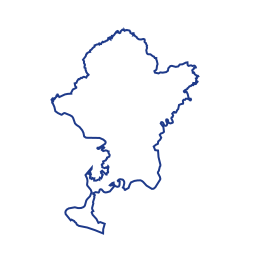 Huong Tra, Thừa Thiên - Huế, Vietnam, rotated 167°
{"feature_id": "81297802B61752422174773", "entity_name": "Huong Tra", "entity_type": "district", "adm_level": 2, "iso_a3": "VNM", "parent_name": "Vietnam", "parent_adm1": "Thừa Thiên - Huế", "projection": "albers", "projection_center": [107.492, 16.429], "detail": "fine", "context": "isolated", "style": "outline", "palette": "blue", "viewbox_px": 256, "rotation_deg": 167, "n_neighbors": 0, "source": "geoboundaries", "source_scale": "gbopen_adm2", "svg_char_len": 5849}
<svg xmlns="http://www.w3.org/2000/svg" viewBox="0 0 256 256"><g transform="rotate(167 128 128)"><path d="M137.2,216.8L138.0,216.2L139.3,216.4L142.0,216.0L142.2,214.8L144.3,213.9L146.0,212.6L147.5,212.1L147.9,211.3L147.8,210.7L149.2,210.7L151.5,209.9L151.7,209.2L152.3,208.9L153.1,207.4L156.5,204.6L155.8,202.9L156.3,201.3L156.1,200.4L155.7,199.7L155.9,198.7L156.5,198.0L156.8,196.6L155.9,195.8L156.3,194.0L156.0,192.9L156.1,192.1L155.3,190.0L154.4,188.9L154.7,188.4L156.1,188.0L157.3,186.5L159.4,187.8L160.1,187.8L161.7,187.0L162.4,187.5L163.0,187.3L164.3,186.4L165.2,186.8L166.8,185.4L168.1,183.6L169.9,183.5L170.0,180.7L169.2,179.4L169.4,178.8L173.1,177.9L175.4,175.2L175.5,174.2L179.0,174.8L181.9,174.9L188.0,173.6L189.0,176.5L189.4,176.5L189.9,175.1L190.5,175.4L191.1,174.3L192.2,173.7L192.4,173.3L193.1,173.6L193.5,172.7L194.0,173.0L194.4,172.3L195.2,172.7L195.3,173.4L196.1,172.7L195.7,172.2L195.8,171.6L194.9,171.7L195.0,170.7L195.8,170.4L196.2,169.7L195.7,168.7L195.0,165.1L195.0,160.7L192.9,158.3L189.9,155.9L189.4,155.9L187.4,156.8L186.3,156.8L181.5,153.4L179.8,151.7L179.2,150.0L178.6,144.4L177.5,142.6L175.0,139.9L173.1,136.0L172.5,133.2L172.6,129.6L171.2,128.1L170.1,127.7L157.9,124.7L154.7,122.3L153.0,120.0L153.1,118.7L154.0,117.7L159.3,115.7L160.9,115.4L162.1,115.6L162.4,115.0L161.8,114.3L161.1,114.2L158.8,115.2L156.3,115.3L155.6,114.3L156.1,113.9L156.8,114.1L157.1,113.5L157.7,113.6L158.5,112.6L157.3,111.1L154.7,111.2L153.1,110.3L152.8,109.5L152.2,109.4L152.6,108.1L151.9,105.8L152.7,104.3L155.1,103.9L155.2,102.9L156.0,102.7L156.9,101.5L159.8,101.0L159.8,99.0L161.1,98.7L161.9,98.0L161.6,96.8L161.9,95.6L159.7,94.1L158.1,94.6L156.4,94.5L156.0,95.2L155.9,95.0L155.8,94.3L156.3,93.4L156.9,93.3L156.5,93.0L157.4,90.8L157.2,89.7L157.5,89.1L158.5,89.0L159.3,88.1L159.3,87.5L159.7,87.5L162.8,92.2L164.2,91.5L163.9,90.5L164.3,90.2L163.1,88.0L164.2,87.0L164.2,86.4L165.4,84.9L166.6,85.9L167.4,84.1L167.7,84.5L170.9,83.9L172.8,84.4L172.2,86.4L173.0,86.3L173.7,87.3L174.7,87.2L174.6,86.5L174.8,86.4L175.4,87.1L176.2,87.4L176.2,88.7L175.4,89.2L175.6,91.0L174.6,91.1L174.7,92.7L177.1,92.3L177.4,92.6L172.7,96.2L172.3,97.5L180.0,91.7L179.2,87.9L179.4,85.4L180.6,82.1L180.6,81.1L178.2,76.2L177.9,73.7L180.4,70.0L183.4,68.1L184.9,66.8L187.3,62.4L188.1,61.5L189.5,60.9L191.7,60.6L194.7,61.2L197.6,62.7L203.8,63.0L206.0,62.3L207.4,61.1L208.0,59.9L208.1,58.1L204.6,50.9L203.6,51.4L201.3,49.4L201.1,48.6L199.9,47.1L199.6,45.4L197.9,43.7L190.1,40.2L183.0,35.8L176.0,30.9L174.9,35.0L172.2,39.9L176.3,42.6L178.2,42.2L179.2,46.4L182.0,51.4L182.4,53.9L181.8,54.5L180.5,54.8L181.1,56.9L181.0,58.1L178.7,62.4L178.8,63.6L176.4,67.7L176.4,68.8L175.5,69.8L175.5,70.4L176.7,71.3L176.6,72.2L174.0,72.8L171.2,71.7L170.7,72.0L169.4,74.2L168.7,74.5L167.6,74.1L166.0,71.2L164.8,70.4L163.2,70.1L159.9,70.3L154.9,74.1L155.0,75.0L155.4,75.6L156.2,75.9L158.1,75.8L158.6,76.3L155.7,77.9L154.3,78.0L154.5,76.4L153.6,74.4L151.7,73.1L150.2,73.1L149.4,73.8L149.0,74.7L148.1,77.7L148.4,78.1L149.6,78.3L149.8,78.9L148.8,79.7L147.3,79.9L145.2,79.1L144.6,78.7L144.0,77.5L143.8,76.4L144.1,74.9L145.4,72.2L146.4,71.1L145.2,69.9L145.2,68.7L144.8,68.3L140.9,69.5L139.2,72.2L137.4,74.3L133.7,75.0L130.6,74.8L127.6,74.2L126.4,73.3L125.4,72.1L122.9,67.7L118.4,63.3L116.7,63.1L114.7,64.1L108.2,70.6L107.9,71.4L107.9,73.2L109.0,77.4L108.8,78.2L107.6,79.4L105.7,83.1L105.0,83.8L104.7,85.0L104.8,92.9L103.8,99.3L106.5,100.3L107.1,104.2L104.1,105.6L102.7,105.7L102.4,106.0L101.6,108.1L99.3,109.4L97.8,111.1L98.6,114.2L97.3,115.2L95.3,115.4L93.8,116.2L93.3,120.9L95.1,125.1L94.2,126.2L93.2,125.9L92.6,125.0L92.0,122.3L91.0,121.7L90.0,121.7L89.1,122.6L88.6,124.4L89.1,125.3L89.2,126.5L88.8,127.6L88.1,127.7L87.4,127.1L87.3,125.4L87.5,124.0L85.5,122.9L83.4,123.1L83.1,123.3L82.9,124.3L83.6,127.7L83.1,128.5L82.1,128.7L81.2,130.1L81.7,132.0L79.9,133.3L79.2,133.2L79.1,132.5L77.7,132.3L75.9,134.5L74.8,135.2L73.1,139.0L70.4,139.4L69.0,139.3L68.6,140.0L68.4,142.2L68.0,142.6L67.4,143.0L66.2,142.6L65.1,143.5L63.6,143.2L61.9,141.9L61.2,140.9L60.7,140.9L60.2,141.5L60.3,142.4L61.7,142.8L62.2,143.8L62.2,147.6L62.8,150.2L63.6,150.4L64.2,150.0L64.7,150.0L65.3,150.7L65.3,151.3L64.1,152.0L61.4,152.7L61.1,153.3L60.1,153.7L58.7,154.8L57.3,154.7L56.4,155.5L54.9,155.1L54.4,156.0L54.7,156.5L54.3,157.2L53.5,157.0L53.2,155.7L52.0,155.6L51.3,156.3L51.5,156.9L50.2,157.1L49.8,157.6L50.2,158.0L51.1,158.3L50.5,160.0L50.7,161.0L49.6,161.2L49.5,162.2L47.9,162.5L48.1,163.1L49.1,163.5L50.9,165.3L51.1,167.0L52.2,167.0L52.5,167.3L52.1,168.3L52.5,169.4L52.2,170.1L50.5,170.9L50.2,171.6L48.3,171.7L48.4,172.6L49.0,173.6L49.5,173.9L51.2,173.9L52.5,174.9L55.0,174.9L55.3,175.2L55.7,176.1L55.3,178.6L57.0,178.7L60.6,177.8L63.3,178.2L65.2,176.7L67.7,176.8L71.3,178.7L72.8,178.8L75.3,177.1L76.2,174.8L78.2,173.9L81.7,174.1L84.1,174.9L85.9,174.3L89.3,175.9L89.5,177.5L87.5,178.3L86.9,179.0L85.7,182.2L84.8,183.6L84.8,187.6L85.1,188.4L84.7,189.8L86.2,190.2L86.7,191.8L87.7,192.4L89.5,194.7L91.9,195.4L92.5,196.0L92.8,196.9L92.7,199.7L91.4,201.8L91.5,203.0L90.9,203.9L91.4,205.3L91.4,206.6L92.4,207.8L92.4,208.7L91.9,209.8L92.0,210.7L93.0,211.3L95.4,211.3L97.3,211.9L97.9,212.4L98.8,213.4L99.1,214.6L100.4,215.9L100.9,217.1L102.0,217.1L101.3,218.1L101.3,218.4L102.0,218.6L101.6,219.2L102.2,219.3L103.0,218.9L104.3,220.2L104.1,221.2L104.6,222.6L107.2,223.8L108.2,223.6L108.6,223.9L109.5,223.6L109.8,224.6L110.0,224.2L111.3,225.1L113.5,223.8L114.1,222.5L114.8,222.3L115.8,223.0L115.9,224.5L116.5,224.9L117.3,224.6L117.5,223.8L118.2,224.0L118.7,223.2L119.4,223.1L120.0,222.2L121.5,221.2L122.8,221.4L122.7,220.3L123.4,219.3L124.7,220.5L125.4,220.4L125.6,219.9L124.9,218.9L125.1,218.2L125.8,218.9L126.3,220.1L126.9,220.2L127.9,218.2L128.5,217.9L129.4,218.0L130.5,217.4L131.5,217.5L132.6,217.1L133.3,217.7L134.8,216.7L135.3,215.9L136.1,216.2L136.9,215.8L137.2,216.8Z" fill="none" stroke="#1e3a8a" stroke-width="2"/></g></svg>